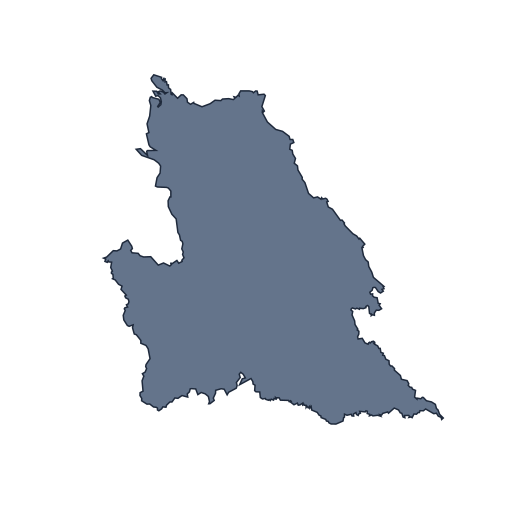 Bago, Bago, Myanmar, rotated 168°
{"feature_id": "60261553B52408869304596", "entity_name": "Bago", "entity_type": "district", "adm_level": 2, "iso_a3": "MMR", "parent_name": "Myanmar", "parent_adm1": "Bago", "projection": "orthographic", "projection_center": [96.537, 17.659], "detail": "fine", "context": "isolated", "style": "filled", "palette": "slate", "viewbox_px": 512, "rotation_deg": 168, "n_neighbors": 0, "source": "geoboundaries", "source_scale": "gbopen_adm2", "svg_char_len": 6080}
<svg xmlns="http://www.w3.org/2000/svg" viewBox="0 0 512 512"><g transform="rotate(168 256 256)"><path d="M383.2,124.8L380.1,126.1L378.5,127.8L375.5,126.8L374.5,128.7L370.6,131.1L368.5,130.7L364.9,134.0L361.9,133.0L357.4,134.9L352.1,132.2L351.9,135.4L349.4,136.9L348.0,139.7L346.8,139.7L342.6,138.5L341.7,132.5L338.0,133.9L334.3,131.7L331.8,128.5L331.8,123.2L333.0,121.3L331.7,121.1L326.9,123.4L327.3,125.9L324.1,130.2L323.4,133.0L317.7,133.4L314.8,132.3L313.1,126.2L311.1,128.4L302.8,130.8L301.4,133.2L301.5,136.3L296.7,140.4L297.0,143.9L295.1,145.4L293.1,143.0L291.8,139.0L295.0,138.7L298.8,133.5L286.4,137.2L285.2,133.8L285.5,131.4L283.8,129.8L285.3,124.6L284.3,123.2L280.6,122.2L281.2,116.7L279.4,114.8L276.5,114.7L276.2,113.7L273.8,112.3L273.0,112.8L272.1,111.6L270.9,112.8L268.8,111.4L267.9,112.9L266.5,112.0L266.3,113.5L265.5,112.3L265.0,113.0L262.9,112.5L262.1,109.9L254.3,108.0L253.8,106.6L252.4,107.3L251.7,106.4L252.4,105.7L249.8,102.6L246.1,103.5L245.7,101.3L243.9,101.2L240.8,102.4L241.2,100.6L240.1,101.1L239.9,100.0L238.1,99.6L238.5,97.4L237.4,98.4L236.5,96.6L234.7,97.9L235.0,96.0L233.3,97.3L233.6,93.8L228.6,90.3L227.4,87.2L225.8,86.1L225.9,84.4L221.8,81.7L221.4,79.9L219.7,79.2L219.4,77.7L217.5,76.1L212.7,75.0L205.2,76.5L203.9,79.7L203.0,80.0L202.3,82.9L200.1,81.3L195.8,81.4L195.4,79.6L193.7,79.1L193.5,81.2L190.8,82.1L190.7,80.1L189.2,78.8L188.3,80.2L186.6,80.5L186.9,82.5L181.6,80.8L180.6,81.7L179.4,81.0L180.0,78.8L177.7,77.5L178.3,76.1L176.0,76.5L174.9,75.3L170.1,74.9L167.3,73.3L168.0,75.1L166.2,74.3L164.8,75.7L159.6,76.1L159.1,74.7L152.4,78.5L148.6,75.8L147.5,72.6L146.1,71.8L145.6,67.9L144.0,66.9L143.9,69.1L139.7,68.3L139.2,67.3L140.0,66.3L137.8,66.3L136.9,65.4L134.4,68.6L131.9,67.9L129.9,69.2L128.7,68.9L127.8,70.6L124.4,69.8L121.9,71.1L114.9,64.8L112.2,64.7L111.0,61.4L108.5,59.7L108.4,57.5L106.5,58.6L109.3,62.9L110.0,67.7L111.2,69.3L111.4,73.6L114.7,76.8L119.4,79.0L121.7,82.8L122.7,83.2L124.5,82.1L128.0,83.5L128.3,82.5L130.2,85.0L127.9,91.4L130.6,93.2L131.0,95.1L132.8,95.8L134.0,97.9L133.1,99.3L134.1,102.7L139.4,105.2L139.6,109.1L144.4,115.6L143.9,117.1L145.9,120.2L147.2,120.4L148.2,122.4L147.7,125.9L150.5,128.1L151.1,131.9L152.7,132.6L151.7,134.4L153.9,135.8L153.7,139.8L155.0,140.0L155.7,142.8L158.4,145.1L158.9,146.1L158.0,145.9L157.8,146.9L158.8,148.2L160.7,148.2L162.4,147.2L162.9,148.0L163.9,147.6L164.7,146.4L167.5,148.4L169.2,153.4L173.4,153.6L173.4,155.9L171.7,158.2L171.0,161.0L172.4,162.6L171.6,163.3L173.4,168.4L173.0,172.0L174.3,178.4L172.9,181.7L174.3,183.3L174.0,184.3L172.6,185.2L169.7,183.5L168.2,184.0L165.9,182.4L165.5,183.4L162.0,182.2L159.2,182.6L159.0,183.8L157.2,184.4L156.2,183.1L156.9,176.3L155.7,175.1L155.0,175.9L155.7,173.7L154.3,174.3L152.5,173.4L152.1,175.6L149.6,178.0L147.1,177.3L144.1,178.3L145.8,182.1L144.5,183.5L146.3,184.3L146.2,190.0L149.0,191.1L150.3,192.9L149.8,194.7L151.9,194.9L152.2,196.9L149.5,198.3L148.3,200.7L147.1,200.8L145.7,200.3L143.9,195.8L141.9,193.9L138.8,195.1L139.7,197.2L137.6,197.4L138.0,199.6L137.2,199.7L145.6,210.7L146.1,216.1L147.9,222.3L147.5,226.8L149.6,229.7L150.8,234.0L150.7,242.0L149.5,242.1L149.9,243.1L147.1,245.0L150.8,251.8L151.7,251.1L153.4,254.7L156.6,257.6L162.5,266.9L163.2,269.2L162.6,269.9L164.4,273.3L166.0,273.3L171.5,285.9L175.1,288.9L175.6,294.2L174.1,294.4L174.8,296.9L175.9,298.0L178.9,297.9L179.7,299.4L180.6,298.0L183.5,301.0L187.6,300.9L191.6,306.3L192.9,317.6L194.9,321.5L194.4,323.3L197.1,331.4L196.7,335.5L199.3,338.8L197.1,343.2L198.8,348.1L198.6,351.8L200.8,353.4L199.1,358.3L195.4,359.1L195.8,362.3L198.5,362.9L198.7,366.2L204.1,372.4L210.4,375.7L217.0,384.7L220.0,395.0L219.6,396.5L219.0,395.2L217.7,396.0L219.2,400.9L213.5,411.0L214.5,412.6L220.4,413.2L220.6,417.1L222.1,417.5L224.6,416.2L225.3,417.5L228.3,418.9L236.7,420.7L239.0,418.2L239.2,416.0L240.2,417.0L242.5,415.4L244.4,416.3L243.9,414.6L245.6,413.7L250.0,415.6L256.1,416.5L258.1,415.3L263.7,416.9L269.2,414.5L277.8,413.2L285.0,418.2L285.0,419.2L288.5,418.0L291.1,420.7L290.8,424.2L293.6,428.7L295.7,429.2L299.9,426.6L303.9,432.9L304.6,431.2L305.4,431.8L304.9,436.7L306.6,438.7L306.1,441.6L307.4,441.8L307.3,445.2L308.8,445.2L308.1,447.8L309.2,447.4L308.9,449.5L310.5,446.8L311.6,449.2L311.2,450.4L318.3,454.5L321.7,451.6L321.5,449.1L317.9,441.7L313.0,437.7L311.1,434.6L309.2,434.3L311.4,433.4L312.5,435.5L315.5,437.4L317.6,437.0L316.0,434.5L317.9,434.8L318.9,437.8L322.5,438.7L320.9,433.2L318.5,433.2L316.6,430.7L316.5,426.6L317.6,423.8L320.7,422.0L321.1,422.7L317.7,426.1L318.4,429.5L324.5,432.6L324.9,433.6L326.4,433.2L328.0,430.2L327.6,425.1L330.9,415.0L335.1,407.9L335.1,399.0L337.8,398.3L337.6,387.0L336.8,384.8L331.9,380.1L340.4,381.7L341.2,381.0L341.2,376.9L346.7,385.0L351.0,385.3L346.9,378.2L335.6,371.3L331.9,367.0L330.6,363.8L332.6,357.0L336.5,353.2L339.8,345.3L338.1,344.0L329.2,341.7L327.6,340.7L325.8,337.2L327.0,331.5L327.9,331.7L330.5,328.3L331.5,322.5L329.6,314.3L326.4,308.9L327.5,295.2L326.5,292.6L326.5,287.1L325.1,285.6L325.0,283.1L327.1,278.4L326.3,275.0L327.5,272.8L326.8,269.2L329.4,267.3L329.4,266.0L333.1,265.0L334.3,268.1L340.0,265.8L340.9,267.2L340.7,265.1L342.4,264.1L347.9,268.4L353.5,267.4L359.1,277.2L366.1,278.4L369.4,280.4L370.7,283.1L376.6,284.9L377.4,287.5L375.4,288.9L375.5,291.4L378.1,298.2L383.9,296.4L387.0,291.0L391.0,289.9L394.5,290.9L402.3,286.0L405.5,285.6L403.6,284.2L404.9,282.1L402.8,280.7L401.6,282.0L401.2,280.8L398.5,280.0L400.5,274.9L399.6,271.0L400.8,270.3L401.0,269.0L399.8,267.9L400.2,264.1L401.1,263.6L398.7,261.9L396.3,256.9L393.3,254.4L395.0,251.4L391.0,244.7L392.6,244.1L392.2,242.2L389.9,240.3L389.8,237.7L390.9,235.8L392.9,235.2L392.2,232.8L395.0,232.6L395.8,231.7L395.3,229.8L398.2,225.6L398.6,221.0L396.3,214.8L394.7,213.6L390.5,214.2L391.7,211.5L391.3,205.0L389.4,203.9L386.2,197.4L386.8,194.6L382.2,191.4L380.8,187.7L381.0,177.6L386.1,172.7L386.9,170.8L386.4,168.6L388.6,165.5L391.6,164.5L390.7,161.8L393.4,157.6L394.6,147.3L397.8,146.4L398.5,143.6L397.4,140.5L398.0,138.2L393.5,133.8L390.7,133.3L387.6,129.6L384.9,128.7L384.0,127.7L384.4,125.9L383.2,124.8Z" fill="#64748b" stroke="#1e293b" stroke-width="1.5"/></g></svg>